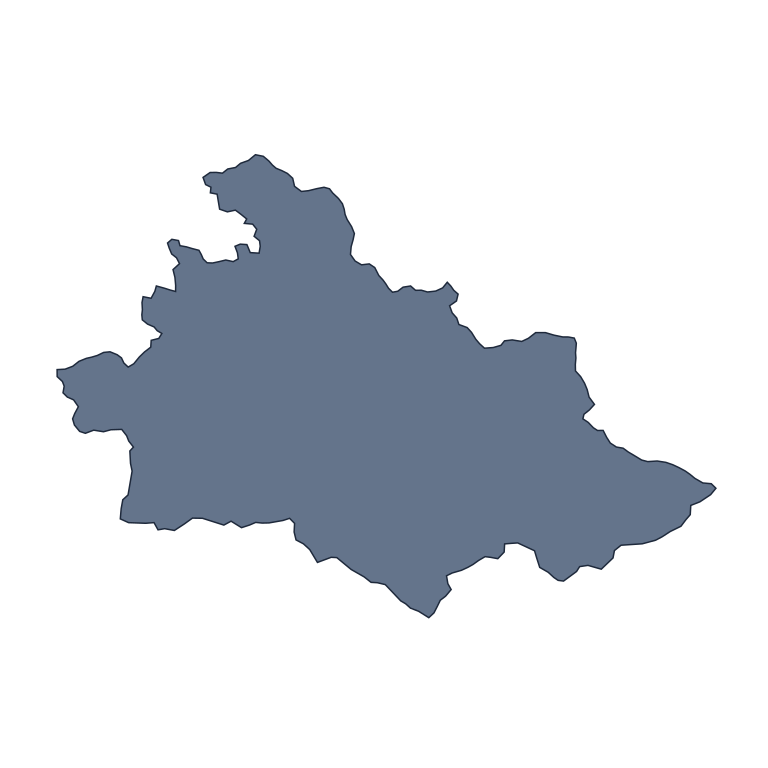 outline of Poços de Caldas, Minas Gerais, Brazil, rotated 267°
{"feature_id": "56859067B58227572587527", "entity_name": "Poços de Caldas", "entity_type": "district", "adm_level": 2, "iso_a3": "BRA", "parent_name": "Brazil", "parent_adm1": "Minas Gerais", "projection": "robinson", "projection_center": [-46.542, -21.82], "detail": "fine", "context": "isolated", "style": "filled", "palette": "slate", "viewbox_px": 768, "rotation_deg": 267, "n_neighbors": 0, "source": "geoboundaries", "source_scale": "gbopen_adm2", "svg_char_len": 3715}
<svg xmlns="http://www.w3.org/2000/svg" viewBox="0 0 768 768"><g transform="rotate(267 384 384)"><path d="M352.6,593.1L360.2,588.1L367.8,586.6L374.3,584.3L381.0,580.8L387.0,575.9L393.5,576.1L399.9,577.0L405.2,576.9L410.0,577.6L414.7,578.2L419.9,576.4L421.3,570.6L421.6,565.1L423.9,556.3L426.9,547.8L427.4,538.2L422.1,530.6L419.3,523.8L421.3,514.4L420.8,506.6L416.5,502.8L414.7,495.0L414.5,486.2L419.3,481.5L423.9,478.0L431.0,474.1L436.0,470.0L439.5,461.9L446.1,460.1L451.5,455.8L458.7,453.6L463.1,460.7L469.9,462.7L473.9,458.6L478.4,455.8L482.3,452.5L476.9,447.6L474.1,440.5L473.6,432.3L475.7,426.2L475.9,420.4L480.5,415.7L479.7,408.1L475.9,402.6L475.2,397.3L479.4,393.5L483.8,391.1L487.8,388.5L492.6,384.5L500.7,380.9L504.7,375.6L504.2,367.8L508.3,361.6L515.1,357.3L522.9,358.4L529.7,360.7L535.8,362.3L542.8,359.9L550.2,355.8L555.4,354.0L560.6,353.4L566.2,351.9L571.7,348.2L577.5,342.7L581.8,339.8L583.6,334.4L582.6,327.1L581.0,318.7L580.6,311.6L586.1,305.0L594.2,303.6L599.3,298.6L602.5,293.0L605.1,287.5L608.5,284.0L612.6,280.8L617.7,275.4L619.7,267.6L614.3,260.3L611.9,252.3L608.0,247.1L606.9,239.2L603.0,233.7L604.1,227.5L604.3,221.4L599.8,214.1L592.5,216.3L589.6,221.5L584.0,220.6L582.3,227.3L575.1,228.1L567.2,229.0L564.1,236.6L565.4,244.7L561.4,249.5L556.0,255.5L551.7,252.9L550.5,261.2L545.2,265.0L538.3,262.0L533.6,267.2L528.0,267.6L521.2,266.1L522.2,257.3L530.4,254.4L531.2,247.7L529.3,242.4L522.7,244.5L516.6,245.0L514.1,239.8L516.1,232.5L514.8,225.5L513.8,219.1L514.3,213.7L518.3,210.0L522.9,208.3L527.2,206.2L529.3,199.5L531.3,193.9L532.8,187.5L538.0,186.3L539.6,179.7L536.1,175.2L531.0,176.6L524.9,178.8L520.9,183.4L514.9,186.1L509.3,179.3L501.4,180.8L493.3,181.1L487.3,180.7L489.1,175.2L491.1,169.9L493.8,161.8L488.5,160.0L481.8,155.9L483.8,148.0L478.0,146.6L470.7,146.6L465.8,145.8L460.7,146.0L456.2,151.0L453.0,157.4L449.1,160.3L446.1,164.8L441.3,161.5L439.8,153.8L433.0,153.0L428.6,146.6L423.8,141.1L417.3,135.2L414.3,129.4L418.6,125.3L423.8,123.2L427.2,119.1L430.5,112.1L430.2,105.7L427.5,99.2L426.1,93.4L425.2,88.1L422.6,80.6L418.0,74.1L415.5,66.3L415.5,58.3L408.5,58.0L403.3,63.0L398.6,64.5L392.0,63.0L387.5,67.1L384.4,73.2L377.3,77.6L370.7,73.6L365.5,71.2L359.2,72.7L352.6,77.6L350.4,83.2L353.1,91.7L351.0,101.4L352.6,108.9L352.4,119.7L345.8,124.3L340.4,126.1L334.1,130.5L330.4,126.7L323.9,126.7L318.0,126.7L310.2,127.9L286.6,122.6L282.1,117.1L273.2,115.0L263.1,113.6L258.9,121.7L257.4,138.7L257.6,147.1L250.2,150.7L251.0,157.4L248.7,167.0L254.7,177.3L260.1,185.7L259.4,195.7L251.5,216.7L255.0,224.1L248.0,234.2L250.2,242.4L252.5,248.6L251.5,255.1L251.3,262.0L253.0,276.0L254.8,282.7L249.5,287.4L240.9,286.5L232.9,288.0L228.6,295.2L222.5,301.2L209.3,308.2L213.7,322.2L213.1,327.8L200.5,341.5L192.4,354.1L186.6,360.7L185.9,367.0L183.6,374.8L166.5,389.4L163.4,394.1L158.8,398.7L155.2,406.7L148.3,416.5L152.8,421.9L158.8,425.4L165.1,428.9L168.9,434.4L175.2,440.3L181.3,437.3L189.2,436.4L191.7,442.2L193.9,451.6L196.5,458.1L199.1,463.4L202.8,469.2L206.3,475.9L205.3,481.5L203.6,488.5L209.9,495.2L218.0,496.1L218.2,502.5L218.3,509.2L209.6,525.6L202.6,527.3L192.7,529.9L187.4,538.1L181.9,543.5L178.8,547.6L177.8,553.0L186.7,566.5L191.4,569.8L192.2,578.2L187.7,591.3L198.3,603.6L205.6,605.4L210.6,612.3L210.9,633.6L213.8,647.1L216.9,653.8L221.7,662.1L226.4,673.1L232.7,678.4L237.5,683.0L246.7,684.0L249.8,693.3L256.4,704.4L262.5,710.0L267.3,705.6L268.5,697.2L273.5,689.5L277.8,684.8L281.4,680.2L285.1,674.1L288.3,668.1L291.0,661.4L292.8,652.8L292.7,643.3L294.6,637.3L298.3,631.9L303.3,624.4L307.4,619.4L308.9,612.7L313.2,606.9L319.0,603.6L326.2,600.4L326.4,594.8L329.4,590.7L334.9,586.0L338.8,580.8L343.3,582.1L347.3,587.7L352.6,593.1Z" fill="#64748b" stroke="#1e293b" stroke-width="1.5"/></g></svg>